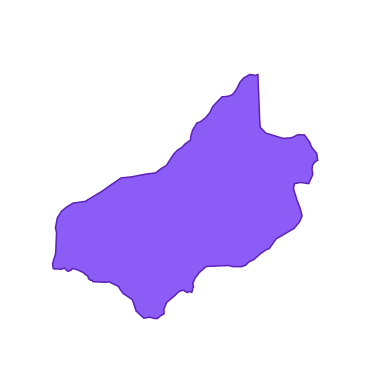 Edu, Kwara, Nigeria, rotated 296°
{"feature_id": "59680162B33186191897384", "entity_name": "Edu", "entity_type": "district", "adm_level": 2, "iso_a3": "NGA", "parent_name": "Nigeria", "parent_adm1": "Kwara", "projection": "mercator", "projection_center": [5.13, 8.931], "detail": "fine", "context": "isolated", "style": "filled", "palette": "violet", "viewbox_px": 384, "rotation_deg": 296, "n_neighbors": 0, "source": "geoboundaries", "source_scale": "gbopen_adm2", "svg_char_len": 1933}
<svg xmlns="http://www.w3.org/2000/svg" viewBox="0 0 384 384"><g transform="rotate(296 192 192)"><path d="M273.5,289.5L275.5,291.1L281.4,287.2L284.8,279.8L288.5,275.7L292.6,268.1L290.1,262.3L284.4,257.7L280.1,250.3L277.3,232.6L280.1,224.9L286.9,221.0L326.5,199.7L324.6,197.9L323.0,192.4L317.4,188.6L312.1,187.0L306.5,187.0L301.7,186.7L297.2,185.6L294.2,182.9L292.1,179.7L290.8,177.3L286.0,175.7L282.5,174.6L278.0,173.2L271.3,173.2L264.7,171.6L258.5,168.6L256.4,166.2L247.9,165.4L241.5,166.5L238.0,167.8L231.9,164.6L227.9,163.5L223.6,160.8L218.0,158.9L211.1,158.1L204.5,157.3L199.7,154.1L193.1,150.8L188.3,143.3L178.5,130.1L173.7,122.2L162.5,115.8L153.4,110.9L152.9,110.6L144.4,105.0L137.8,100.8L136.7,100.1L130.0,90.1L123.9,86.1L117.5,83.1L109.8,82.3L106.0,83.3L99.9,85.0L96.2,88.0L88.2,91.5L81.0,94.7L76.2,96.6L71.4,97.2L66.3,98.2L62.6,100.7L62.4,102.1L63.7,104.2L64.5,106.6L65.5,108.8L67.7,110.6L66.9,112.5L66.3,115.2L68.5,117.4L70.9,118.2L71.7,122.5L71.9,125.2L71.9,128.2L71.9,130.3L71.1,132.0L70.9,134.9L68.7,137.1L68.2,139.5L69.0,141.1L68.0,142.2L70.3,147.8L72.9,153.7L74.9,157.0L74.9,163.3L74.9,167.2L72.9,170.2L70.6,174.5L69.1,185.6L60.5,194.0L57.5,204.0L61.0,209.0L61.8,213.7L63.2,216.5L66.8,217.9L70.3,220.3L74.6,218.0L81.7,217.7L87.4,220.2L91.5,222.0L95.4,223.3L98.6,225.3L100.1,228.0L99.6,229.2L99.7,232.2L100.8,232.7L101.6,233.7L101.6,234.4L101.6,234.7L101.7,235.1L101.7,235.3L101.7,235.6L101.7,235.8L104.2,235.4L105.8,234.8L107.1,235.1L108.3,234.4L110.0,232.8L115.6,232.5L122.7,233.8L131.2,237.4L133.5,241.4L142.0,257.2L142.4,259.2L142.9,261.5L146.5,269.1L149.5,272.1L149.8,272.4L154.0,273.7L158.6,277.3L166.0,280.3L172.6,283.9L174.8,286.2L186.9,288.2L193.1,292.5L204.1,299.7L212.3,301.7L218.8,301.4L225.0,296.1L230.8,289.8L233.1,287.7L236.1,284.9L239.3,281.9L242.4,280.9L244.2,280.3L248.1,285.3L250.7,293.2L260.6,292.9L265.2,289.8L269.1,288.6L273.5,289.5Z" fill="#8b5cf6" stroke="#5b21b6" stroke-width="1.5"/></g></svg>